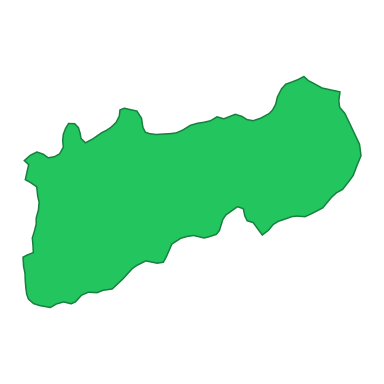 Umbuzeiro, Paraíba, Brazil (Robinson projection)
{"feature_id": "56859067B44750581853344", "entity_name": "Umbuzeiro", "entity_type": "district", "adm_level": 2, "iso_a3": "BRA", "parent_name": "Brazil", "parent_adm1": "Paraíba", "projection": "robinson", "projection_center": [-35.745, -7.683], "detail": "fine", "context": "isolated", "style": "filled", "palette": "green", "viewbox_px": 384, "rotation_deg": 0, "n_neighbors": 0, "source": "geoboundaries", "source_scale": "gbopen_adm2", "svg_char_len": 1776}
<svg xmlns="http://www.w3.org/2000/svg" viewBox="0 0 384 384"><path d="M217.0,116.8L210.6,120.7L203.9,122.3L197.7,123.2L190.4,125.3L182.7,130.1L176.3,132.9L170.7,133.6L164.1,134.0L156.1,134.5L149.9,133.7L145.4,132.3L142.9,127.4L141.5,118.2L136.8,111.0L129.3,109.4L124.4,108.2L120.0,109.9L119.3,116.1L116.1,122.4L111.0,127.3L106.7,130.2L101.7,132.7L92.8,138.9L85.4,142.8L81.0,138.4L80.1,133.2L78.4,127.6L74.7,123.7L68.6,123.5L65.7,128.1L63.3,134.3L62.7,140.4L63.3,147.2L59.6,153.9L54.5,156.7L48.2,157.8L43.3,154.2L36.9,152.0L30.3,155.3L24.3,160.6L28.7,164.7L27.5,169.7L25.3,179.7L30.3,182.4L36.7,186.8L37.7,196.1L39.1,202.3L38.4,210.1L36.2,218.0L36.2,224.2L34.3,231.6L32.3,238.0L33.0,245.7L33.3,252.6L27.0,255.1L23.0,257.2L23.6,266.5L25.0,273.4L25.2,279.8L25.8,287.6L26.7,294.1L28.5,299.2L33.6,303.6L39.8,305.6L50.4,307.5L56.3,304.0L63.6,301.9L71.1,303.8L75.4,301.9L81.5,295.2L88.3,292.2L97.1,292.7L103.0,290.3L112.2,289.0L122.7,279.1L132.4,268.5L136.8,265.4L145.9,260.9L157.1,263.2L163.3,262.3L166.3,256.8L171.9,244.0L180.7,238.3L187.4,236.4L193.6,235.5L204.2,238.0L209.5,236.6L216.3,234.4L219.4,230.5L222.8,219.5L225.8,215.0L237.5,206.7L243.3,208.7L244.8,215.9L247.2,220.8L253.2,222.6L259.4,231.1L262.3,235.0L268.4,230.3L273.2,224.5L278.2,221.4L285.5,218.9L291.9,216.6L297.4,216.1L305.0,216.7L312.7,213.1L322.7,207.9L331.7,197.1L336.6,192.7L342.6,189.4L348.8,181.5L353.2,175.5L357.4,164.4L361.0,155.8L360.2,149.3L359.5,144.2L348.8,121.6L344.8,113.3L339.7,107.4L338.8,100.8L340.0,91.9L322.0,88.0L313.7,83.4L308.3,80.6L303.9,76.5L297.7,79.7L291.1,82.3L285.7,84.2L281.5,88.9L277.4,97.0L275.6,104.4L272.5,110.1L269.1,113.6L260.6,118.2L253.2,120.7L247.0,119.6L241.8,116.3L235.2,114.3L229.4,116.6L223.8,118.8L217.0,116.8Z" fill="#22c55e" stroke="#15803d" stroke-width="1.5"/></svg>